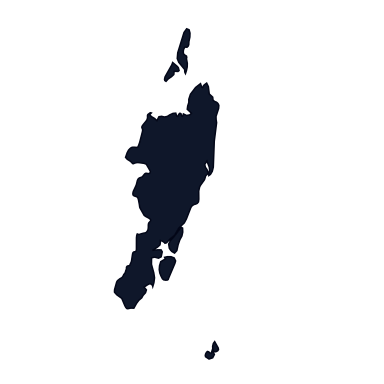 map outline of Phangnga (Natural Earth projection), rotated 198°
{"feature_id": "THA-378", "entity_name": "Phangnga", "entity_type": "Province", "adm_level": 1, "iso_a3": "THA", "parent_name": "Thailand", "parent_adm1": "", "projection": "natural_earth1", "projection_center": [98.43, 8.688], "detail": "fine", "context": "isolated", "style": "filled", "palette": "ink", "viewbox_px": 384, "rotation_deg": 198, "n_neighbors": 0, "source": "natural_earth", "source_scale": "10m", "svg_char_len": 4678}
<svg xmlns="http://www.w3.org/2000/svg" viewBox="0 0 384 384"><g transform="rotate(198 192 192)"><path d="M255.1,254.6L256.2,252.5L253.9,251.2L250.3,250.4L247.4,249.0L246.7,253.4L244.3,254.6L241.4,254.8L238.8,256.3L237.0,258.5L234.4,260.9L231.8,262.0L230.1,259.6L228.9,259.6L228.6,261.9L227.8,263.2L226.6,263.0L225.5,261.1L224.3,261.1L224.3,263.6L220.8,263.1L217.9,264.7L216.9,266.8L222.1,269.2L222.7,272.5L222.7,276.2L223.7,279.2L223.7,284.5L220.9,292.5L217.4,297.7L215.1,294.6L214.1,294.6L214.0,296.4L213.5,297.6L211.7,300.1L209.0,297.3L205.9,290.6L201.6,288.6L201.0,287.2L200.3,285.8L198.4,285.1L196.5,285.0L195.2,284.5L194.1,283.7L193.2,282.6L192.5,279.7L192.5,271.3L191.5,268.5L190.0,265.5L186.5,247.2L179.4,222.2L179.1,217.9L179.9,214.4L181.1,212.9L181.7,214.7L182.1,218.5L183.3,221.0L187.4,226.1L188.4,222.1L186.9,219.7L184.5,217.8L182.8,215.4L182.7,214.1L183.2,213.1L183.7,212.3L184.0,211.5L183.9,208.3L184.0,207.3L185.9,201.3L186.3,199.3L185.9,195.0L183.3,187.3L182.8,184.6L183.5,182.8L184.7,181.7L186.1,180.8L187.4,179.3L188.0,178.0L188.3,176.7L189.0,164.6L189.8,160.2L193.5,153.5L195.1,145.8L198.4,140.5L200.5,135.8L201.9,134.9L202.5,135.4L205.0,136.1L207.1,136.1L206.5,134.2L206.1,131.8L207.7,129.0L211.7,124.1L206.6,126.5L203.5,127.4L201.8,125.9L201.3,120.8L203.4,118.7L207.4,118.5L210.1,116.9L208.2,110.7L203.3,103.2L201.1,98.8L200.2,94.0L200.1,90.0L200.8,91.1L203.0,91.9L204.4,91.3L205.7,89.9L208.2,86.7L205.1,84.8L205.1,81.8L206.6,78.5L207.1,75.8L209.1,72.6L210.3,69.0L211.4,63.5L213.6,62.9L214.9,62.4L216.3,61.5L217.2,61.1L217.6,61.0L218.2,61.1L219.3,61.8L220.7,63.1L225.9,69.1L231.8,71.0L234.7,72.7L235.1,73.7L235.5,75.3L235.8,82.4L235.8,83.2L235.5,84.6L235.2,85.1L233.8,87.2L232.6,88.5L232.2,88.9L232.0,89.5L231.7,90.1L231.6,90.8L231.4,92.3L231.2,93.0L230.9,93.6L230.7,94.3L230.6,95.2L230.7,96.5L230.6,97.4L230.7,99.2L231.1,100.2L230.8,101.3L230.3,101.8L229.2,102.4L228.7,102.8L228.5,103.4L228.4,105.0L228.2,106.4L228.2,107.5L229.4,114.7L229.4,116.0L229.1,116.7L228.7,117.1L228.2,117.4L227.6,117.6L227.2,118.0L227.0,118.6L227.0,119.3L227.1,120.1L230.7,131.3L231.2,133.8L231.1,135.2L230.5,135.2L229.9,135.1L229.4,135.2L228.9,135.4L228.4,135.8L227.5,136.5L225.5,137.8L224.0,138.6L223.5,139.0L223.1,139.4L222.8,139.9L222.4,141.3L222.2,142.0L222.3,143.2L222.6,144.7L223.4,147.2L223.6,148.5L223.5,149.5L222.7,151.1L222.5,151.8L222.6,152.5L223.0,153.1L225.0,153.8L228.4,154.4L229.7,154.8L230.3,155.0L236.6,160.8L237.2,161.7L238.3,164.0L240.6,168.2L241.4,169.3L242.2,170.1L243.4,170.4L245.5,170.4L246.2,170.5L246.8,170.7L247.3,171.2L247.7,172.0L248.0,173.6L248.0,174.7L247.3,180.3L247.2,181.9L247.5,186.0L247.4,186.8L247.3,187.5L247.1,188.1L246.8,188.6L246.4,189.1L244.6,190.5L244.1,190.9L243.8,191.5L242.6,194.6L242.2,195.1L241.8,195.5L241.3,195.7L239.3,196.0L238.7,196.2L238.3,196.5L237.9,197.1L237.8,197.7L237.9,198.5L238.4,199.2L243.7,204.0L244.2,204.3L245.2,204.4L246.7,204.4L251.1,203.6L252.8,203.2L253.9,202.7L254.9,202.1L255.9,201.4L256.2,201.0L256.7,200.7L257.3,200.7L258.8,201.6L260.5,202.3L263.7,203.1L265.9,204.4L265.8,209.3L265.3,212.2L264.4,214.1L263.8,215.0L263.2,215.7L262.2,216.3L261.0,216.7L258.5,217.3L257.9,217.6L257.4,217.9L257.2,219.8L257.1,223.0L257.8,233.9L258.1,235.9L258.5,236.4L259.2,237.3L259.6,237.8L259.8,238.4L259.7,239.6L259.1,241.4L257.6,245.2L257.1,247.1L257.3,249.1L257.9,250.7L258.0,251.5L257.9,252.1L256.2,254.5L255.2,254.6L255.1,254.6ZM236.8,306.2L244.7,311.3L247.3,314.4L248.6,320.0L248.9,341.3L247.5,345.6L244.9,345.4L243.0,342.5L241.9,338.7L241.4,334.0L240.6,331.1L240.7,329.5L241.5,328.1L242.6,327.9L243.6,327.5L244.0,325.5L243.9,323.8L243.4,322.0L242.5,320.6L241.1,320.0L239.3,319.6L238.6,318.5L238.4,317.0L236.2,312.9L235.2,309.5L234.8,305.8L234.8,302.6L235.6,303.4L236.1,304.2L236.8,306.2ZM195.6,102.6L197.6,105.0L199.2,108.1L200.1,111.8L200.2,116.1L196.6,120.2L197.9,121.4L195.4,122.9L192.0,124.0L188.6,123.8L186.3,121.4L186.2,118.7L187.6,102.9L187.6,101.6L188.0,100.8L189.7,100.0L191.8,99.7L193.3,100.3L195.6,102.6ZM194.4,130.1L196.2,131.5L198.1,135.3L197.5,139.2L195.3,143.8L191.3,155.1L189.8,154.8L188.4,151.0L188.0,147.0L188.8,142.8L188.9,137.6L188.3,131.6L189.7,128.5L192.8,129.2L194.4,130.1ZM253.2,293.3L250.5,306.7L250.4,309.2L244.8,306.9L243.4,306.0L241.8,303.5L242.6,302.3L246.3,301.3L245.6,298.1L247.2,295.2L249.5,292.3L250.9,289.2L252.3,289.6L252.9,290.5L253.1,291.7L253.2,293.3ZM123.9,47.7L120.5,44.4L121.1,40.7L124.2,38.4L128.2,39.5L128.9,40.7L129.0,42.3L128.7,43.9L128.1,45.1L126.8,45.2L125.1,44.4L123.9,44.7L123.9,47.7ZM124.2,56.7L118.9,51.8L118.1,50.3L118.5,48.9L119.5,47.8L120.7,47.1L121.8,47.1L123.6,48.7L124.7,51.6L124.9,54.6L124.2,56.7Z" fill="#0f172a" stroke="#020617" stroke-width="1.5"/></g></svg>